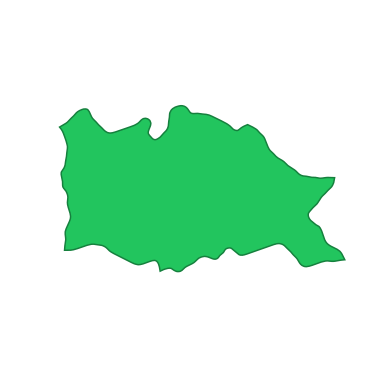 the district of Rancho Arriba, San José de Ocoa, Dominican Republic, rotated 161°
{"feature_id": "3306468B42519572872146", "entity_name": "Rancho Arriba", "entity_type": "district", "adm_level": 2, "iso_a3": "DOM", "parent_name": "Dominican Republic", "parent_adm1": "San José de Ocoa", "projection": "albers", "projection_center": [-70.446, 18.713], "detail": "fine", "context": "isolated", "style": "filled", "palette": "green", "viewbox_px": 384, "rotation_deg": 161, "n_neighbors": 0, "source": "geoboundaries", "source_scale": "gbopen_adm2", "svg_char_len": 3942}
<svg xmlns="http://www.w3.org/2000/svg" viewBox="0 0 384 384"><g transform="rotate(161 192 192)"><path d="M52.5,159.1L58.8,161.5L60.6,162.0L64.2,162.7L66.0,163.2L66.8,163.5L70.6,165.6L74.0,166.9L78.5,169.5L81.7,171.0L83.1,172.0L84.3,173.2L85.3,174.6L86.9,177.9L87.8,179.4L91.6,184.3L92.7,185.7L95.1,190.5L96.1,192.0L99.6,196.1L101.0,198.3L102.5,201.7L104.5,205.5L105.1,207.2L105.5,210.0L105.9,218.6L106.2,220.5L106.8,222.2L108.8,226.0L110.2,229.4L111.2,230.9L113.5,233.6L117.5,237.6L121.3,237.3L123.1,237.0L124.8,236.6L126.9,235.8L128.3,235.4L129.1,235.4L129.8,235.6L131.1,236.4L131.7,236.9L132.7,238.1L134.6,242.0L135.7,243.6L136.9,245.2L141.1,249.7L148.5,257.1L150.7,259.1L153.2,260.7L156.5,262.2L161.1,264.5L165.2,265.7L166.6,266.4L167.2,266.9L168.0,268.2L169.1,272.1L169.8,273.7L170.8,275.0L171.4,275.6L172.9,276.6L173.8,277.0L174.7,277.3L176.5,277.6L178.4,277.7L180.3,277.7L183.1,277.1L184.8,276.3L186.1,275.2L187.3,273.9L187.7,273.2L189.1,269.9L191.1,266.1L192.9,262.1L193.9,260.7L195.1,259.4L196.5,258.4L199.7,256.8L204.1,254.3L205.8,253.8L207.4,253.4L208.8,253.3L209.6,253.4L210.3,253.7L211.0,254.1L212.0,255.3L213.8,259.5L214.2,261.0L214.2,261.8L214.0,262.6L213.6,263.4L212.6,264.8L209.7,268.2L208.8,269.8L208.5,270.6L208.5,272.4L208.6,273.3L209.0,274.1L210.0,275.5L211.4,276.5L212.2,276.9L214.0,277.2L214.8,277.1L216.5,276.6L219.4,275.1L221.0,274.5L223.0,274.1L225.0,273.8L229.2,273.7L244.9,273.7L248.0,273.9L249.9,274.3L250.9,274.7L252.4,275.6L253.0,276.2L254.1,277.5L255.0,279.0L256.5,282.2L258.5,286.0L259.9,289.4L261.4,292.5L262.1,294.1L262.5,295.9L263.0,301.2L263.4,302.8L263.7,303.6L264.2,304.3L264.9,304.8L265.7,305.2L267.3,305.7L269.1,305.8L271.8,305.6L273.7,305.2L275.4,304.6L279.1,302.5L282.4,301.0L287.0,298.6L288.8,298.0L296.1,296.5L295.1,293.6L294.7,291.6L294.5,289.6L294.4,285.5L294.4,281.4L294.6,278.3L294.8,276.4L295.0,275.4L295.7,273.6L297.6,269.8L299.1,266.5L301.6,262.0L303.2,258.8L304.2,257.5L305.3,256.3L308.4,253.9L309.0,253.4L309.4,252.7L310.0,251.1L311.0,244.0L312.2,240.3L312.4,238.8L312.1,237.3L310.8,233.6L310.6,230.9L310.7,229.1L311.1,227.3L313.2,222.7L313.7,220.7L314.0,217.7L314.2,211.6L314.7,208.6L315.5,206.7L316.6,205.1L317.9,203.6L322.8,198.4L324.6,196.0L325.0,195.1L325.6,193.4L326.4,189.8L326.9,188.0L329.7,182.5L331.5,178.4L325.7,176.5L322.8,176.0L318.8,175.8L308.5,175.8L304.5,175.4L303.6,175.2L301.8,174.6L294.8,171.0L293.5,170.0L291.7,168.1L290.8,166.6L289.2,163.3L288.1,161.7L286.1,159.4L272.2,145.1L270.0,143.0L268.3,141.8L266.6,140.8L264.7,140.3L261.6,140.0L254.6,140.1L251.8,140.0L250.0,139.6L249.2,139.3L248.5,138.7L247.9,138.0L247.6,137.2L247.3,136.4L247.1,134.7L247.2,131.9L247.9,127.5L244.3,127.9L242.4,127.9L239.7,127.7L238.0,127.3L236.6,126.6L236.1,126.0L234.3,123.6L232.6,122.0L231.2,121.3L229.5,120.9L228.6,120.9L227.0,121.2L223.3,122.9L221.3,123.4L215.2,124.2L213.3,124.6L211.5,125.3L208.5,126.7L206.8,127.3L204.0,127.5L201.2,127.1L199.5,126.3L197.9,125.3L194.4,122.3L192.9,121.3L191.3,120.8L189.8,120.9L188.5,121.4L186.4,122.9L182.2,124.5L181.6,124.9L180.1,126.2L178.9,127.0L177.4,127.3L175.8,127.2L174.2,126.8L173.6,126.3L173.0,125.8L168.1,117.7L167.5,117.1L166.8,116.6L165.0,115.9L163.1,115.6L160.0,115.5L131.9,115.7L128.7,115.5L126.7,115.0L125.8,114.6L124.3,113.7L123.0,112.5L122.0,111.1L120.1,107.2L118.1,103.3L116.8,99.9L114.9,96.0L114.3,94.4L113.4,90.0L112.8,88.3L111.9,86.8L110.7,85.6L110.0,85.0L108.3,84.2L105.2,83.7L102.1,83.6L92.5,83.7L88.4,83.3L86.4,82.8L82.5,81.0L80.8,80.4L79.0,80.0L73.4,79.1L69.6,78.2L70.3,83.5L70.6,85.3L71.2,87.1L71.6,88.0L73.4,90.5L78.4,95.6L79.7,97.2L80.8,98.9L81.2,99.8L81.8,101.7L82.1,103.7L82.1,112.8L82.3,114.7L82.6,116.5L83.2,118.1L85.6,120.8L89.0,126.4L89.6,128.1L89.8,129.0L89.9,130.7L89.8,131.6L89.3,133.2L88.8,134.0L87.6,135.0L82.7,137.8L79.4,139.3L77.7,140.1L76.2,141.2L71.6,144.8L69.9,145.8L66.6,147.3L62.9,149.3L59.6,150.8L58.1,151.6L56.8,152.7L55.0,154.7L52.5,159.1Z" fill="#22c55e" stroke="#15803d" stroke-width="1.5"/></g></svg>